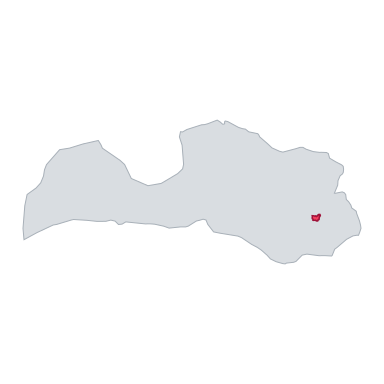 Ozolaines pag., Rezeknes, Latvia shown in context
{"feature_id": "27541924B10395676921147", "entity_name": "Ozolaines pag.", "entity_type": "district", "adm_level": 2, "iso_a3": "LVA", "parent_name": "Latvia", "parent_adm1": "Rezeknes", "projection": "robinson", "projection_center": [27.268, 56.437], "detail": "fine", "context": "in_parent", "style": "filled", "palette": "rose", "viewbox_px": 384, "rotation_deg": 0, "n_neighbors": 0, "source": "geoboundaries", "source_scale": "gbopen_adm2", "svg_char_len": 3390}
<svg xmlns="http://www.w3.org/2000/svg" viewBox="0 0 384 384"><path d="M285.2,263.9L282.8,263.6L276.1,261.7L270.4,258.9L267.1,255.2L261.3,250.1L257.5,247.5L251.5,244.3L241.5,237.6L237.9,236.1L220.1,233.2L213.6,231.9L207.8,224.4L206.0,220.0L203.1,219.2L199.9,220.2L196.4,221.0L188.3,226.1L185.7,226.9L180.7,226.9L169.1,228.1L163.8,226.2L154.7,224.2L149.7,223.8L145.3,223.9L125.8,221.9L122.1,224.1L118.5,224.5L115.1,221.1L110.8,220.1L105.9,221.3L97.2,221.4L86.8,220.3L73.6,219.5L71.7,219.9L56.8,224.4L53.2,225.0L37.0,232.6L24.0,239.7L23.0,228.4L24.8,205.7L27.1,194.5L36.1,188.0L40.7,182.9L43.5,176.1L44.5,169.8L46.5,164.6L59.6,149.7L69.6,148.1L83.2,143.9L98.3,140.5L101.0,144.9L102.4,148.2L120.1,160.4L124.6,164.5L131.3,178.5L147.9,185.7L161.2,183.4L167.0,180.0L177.7,173.6L182.6,168.9L183.6,164.4L182.1,145.2L179.4,136.9L180.5,131.7L182.4,132.0L186.9,129.5L201.6,124.8L204.6,124.6L207.9,123.7L217.2,120.1L220.2,122.0L222.6,124.2L224.0,124.2L224.7,123.4L224.5,122.0L225.2,121.0L227.8,121.6L238.5,127.4L242.6,128.7L245.4,129.1L248.7,131.8L257.8,133.7L258.9,135.1L259.6,136.8L268.1,144.2L272.0,147.9L279.6,151.3L282.9,152.1L296.2,148.6L299.9,147.4L303.0,147.4L306.1,149.2L313.3,151.6L319.8,152.4L320.9,152.3L326.4,152.5L328.3,153.5L329.6,158.2L335.9,161.9L341.7,164.9L343.2,166.3L343.6,169.1L343.3,172.3L342.5,173.9L340.1,175.8L338.0,180.7L337.7,185.2L334.4,193.2L335.2,193.3L342.2,191.9L344.2,192.7L345.7,194.5L346.3,199.5L348.6,201.7L350.9,205.2L351.7,207.9L356.2,211.2L356.6,213.3L359.4,220.7L360.5,225.0L361.0,228.3L359.6,232.5L358.5,235.3L357.0,235.2L353.0,235.9L346.6,239.3L337.1,247.4L334.7,249.2L332.2,255.4L331.6,256.0L326.1,255.7L324.6,255.6L319.0,255.7L306.9,254.1L302.2,255.1L296.0,261.4L293.6,262.3L286.4,263.1L285.2,263.9Z" fill="#d9dde1" stroke="#a8b0b8" stroke-width="1"/><path d="M318.8,214.4L318.6,214.5L318.3,214.7L318.2,214.8L317.9,215.0L317.7,215.2L317.6,215.4L317.4,215.5L317.2,215.7L317.2,215.8L317.0,216.1L317.0,216.3L316.9,216.4L316.9,216.5L316.8,216.8L316.8,216.7L316.7,216.7L316.4,216.6L316.2,216.5L316.0,216.4L315.9,216.3L315.8,216.2L315.7,216.1L315.6,215.9L315.3,216.0L315.1,216.1L314.9,216.2L314.7,216.1L314.4,216.0L314.2,215.9L313.8,215.8L313.6,215.8L313.3,215.8L313.2,215.8L312.8,215.7L312.7,215.7L312.8,215.8L312.7,215.9L312.4,216.1L312.3,216.3L312.3,216.7L312.3,216.8L312.2,217.2L312.2,217.6L312.2,217.8L312.2,218.2L312.3,218.3L312.3,218.5L312.5,218.6L312.6,218.8L312.6,219.0L312.8,219.0L313.0,219.2L313.0,219.3L313.1,219.5L313.2,219.8L313.3,219.9L313.2,219.9L313.1,220.0L313.0,220.3L313.3,220.4L313.5,220.4L313.8,220.2L313.9,220.3L314.0,220.3L314.3,220.3L314.5,220.3L314.9,220.2L315.0,220.2L315.4,220.2L315.4,220.3L315.5,220.4L315.6,220.5L315.8,220.6L316.1,220.7L316.3,220.7L316.5,220.7L316.5,220.8L316.8,221.0L317.0,221.1L317.3,221.0L317.5,220.9L317.8,220.8L317.8,220.7L317.7,220.4L317.7,220.2L317.8,220.2L318.1,220.1L318.3,220.0L318.5,219.9L318.6,219.7L318.8,219.7L319.0,219.6L319.1,219.4L319.1,219.2L319.2,218.9L319.2,218.7L319.1,218.4L319.2,218.1L319.3,217.8L319.3,217.7L319.3,217.4L319.3,217.2L319.4,216.9L319.5,216.8L319.6,216.7L319.8,216.6L319.8,216.4L319.7,216.3L319.8,216.2L319.9,215.9L319.8,215.7L320.0,215.6L320.3,215.6L320.3,215.3L320.3,215.1L320.2,215.0L320.1,214.9L320.0,214.7L319.9,214.7L319.8,214.4L319.7,214.4L319.4,214.4L319.3,214.5L319.3,214.4L319.2,214.4L318.9,214.4L318.8,214.4Z" fill="#f43f5e" stroke="#9f1239" stroke-width="1.5"/></svg>